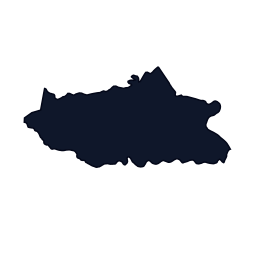 Caffiere, Choiseul, Saint Lucia (orthographic projection), rotated 248°
{"feature_id": "8701671B84690280241827", "entity_name": "Caffiere", "entity_type": "district", "adm_level": 2, "iso_a3": "LCA", "parent_name": "Saint Lucia", "parent_adm1": "Choiseul", "projection": "orthographic", "projection_center": [-61.037, 13.785], "detail": "fine", "context": "isolated", "style": "filled", "palette": "ink", "viewbox_px": 256, "rotation_deg": 248, "n_neighbors": 0, "source": "geoboundaries", "source_scale": "gbopen_adm2", "svg_char_len": 5719}
<svg xmlns="http://www.w3.org/2000/svg" viewBox="0 0 256 256"><g transform="rotate(248 128 128)"><path d="M195.9,65.5L177.3,53.7L178.2,44.6L176.1,35.8L172.2,34.0L171.8,34.6L171.7,34.9L171.0,35.4L170.5,35.7L170.1,35.8L169.6,35.9L168.7,35.9L167.5,35.8L167.0,35.8L166.6,35.8L166.2,35.8L165.9,36.1L165.1,37.3L164.8,37.8L164.2,38.8L163.7,39.8L162.7,40.6L162.0,40.7L161.3,40.7L161.0,40.7L160.5,40.8L160.3,41.0L159.9,41.3L159.7,41.7L159.2,42.3L158.6,42.7L156.7,43.3L155.1,43.4L153.5,43.4L152.8,43.4L152.1,43.5L151.4,43.8L150.6,44.3L149.7,44.2L149.5,44.3L148.6,44.8L147.7,45.1L147.4,45.1L146.3,44.7L145.7,44.5L145.0,44.5L144.4,44.7L144.2,44.9L143.0,45.9L142.7,46.4L142.7,46.7L142.7,47.0L142.2,47.4L141.8,47.6L141.1,47.9L139.8,48.3L138.2,48.8L137.7,48.9L137.5,49.1L137.0,49.5L136.8,49.9L136.7,50.4L136.6,51.3L136.4,51.8L136.2,52.2L136.0,52.6L134.8,53.9L133.6,55.4L133.1,56.2L131.8,58.4L131.6,58.9L131.2,60.1L131.0,61.0L130.8,62.3L129.9,65.1L129.4,66.2L128.6,67.2L128.2,67.9L127.8,68.4L127.1,69.5L126.9,69.6L126.4,70.0L126.2,70.1L125.7,70.3L124.4,70.7L122.9,70.9L122.6,70.9L121.6,70.3L121.0,70.0L120.3,69.9L119.8,69.9L119.5,70.0L119.3,70.1L119.0,70.3L118.2,71.2L117.8,71.7L117.1,72.1L116.5,72.2L116.2,72.3L115.9,72.5L115.7,72.7L115.5,73.0L115.0,73.8L114.7,74.6L114.5,75.0L114.1,75.6L114.0,75.8L113.8,75.9L113.7,76.0L112.7,75.9L112.4,76.0L112.2,76.0L111.8,76.2L111.0,77.0L110.2,77.5L109.1,78.5L108.6,78.9L106.9,80.2L105.8,81.3L105.0,82.3L104.0,83.3L103.5,84.0L103.3,84.6L103.2,85.2L103.1,85.8L102.9,86.6L102.8,87.0L102.9,87.6L103.1,89.5L103.2,89.9L103.4,90.6L103.4,91.3L103.6,92.5L103.5,92.9L103.4,93.5L103.2,93.9L102.7,95.7L101.4,97.6L101.0,98.3L100.9,98.8L100.7,99.2L100.5,99.6L100.0,101.2L99.6,102.2L99.5,102.8L99.6,103.2L100.4,104.5L100.9,105.6L101.0,106.1L101.1,106.5L101.0,107.1L100.9,107.4L100.9,107.7L100.3,108.5L99.7,109.0L99.2,109.4L98.8,109.7L98.5,109.9L97.9,110.0L96.8,110.1L96.3,110.3L95.5,110.7L95.3,110.9L95.0,111.4L95.0,111.8L95.5,112.9L95.9,113.9L96.4,114.4L97.0,114.9L97.4,115.1L98.3,115.3L100.2,115.7L100.9,116.3L101.1,117.4L100.9,118.3L100.1,118.5L99.4,118.9L98.9,119.1L97.0,119.3L95.8,119.4L95.0,119.5L93.6,120.3L92.5,120.8L91.2,121.3L90.4,121.9L89.1,122.6L88.8,122.8L88.6,123.1L88.4,123.3L87.3,125.0L87.2,125.3L86.9,126.4L86.7,127.3L86.7,127.6L86.7,128.0L86.8,128.4L87.1,128.9L87.8,129.8L88.2,130.5L89.4,131.8L89.6,132.1L90.0,132.9L90.3,134.2L90.3,134.6L90.2,134.8L89.7,135.6L89.3,136.0L88.5,136.4L87.1,137.0L86.4,137.4L86.0,137.7L84.8,139.1L84.4,139.7L84.2,140.1L84.0,140.5L83.9,141.1L83.8,142.3L83.9,143.0L84.2,144.6L84.5,145.4L84.6,145.6L84.8,147.5L84.8,148.2L84.7,148.6L84.6,148.9L84.4,149.2L84.2,149.2L83.3,150.2L83.1,150.5L82.5,151.1L81.9,151.7L81.1,152.6L80.8,153.3L80.7,154.0L80.5,154.9L80.6,155.6L80.8,157.1L81.0,157.8L81.2,158.7L81.3,160.3L81.4,160.6L81.3,161.4L80.9,162.3L80.6,162.8L79.4,163.9L78.9,164.2L76.0,165.1L75.4,165.4L75.2,165.8L75.1,166.2L75.1,166.6L75.2,167.5L75.0,168.3L74.9,169.6L74.8,170.6L74.9,172.7L74.9,173.1L74.7,174.3L74.2,175.8L73.9,176.3L73.4,176.8L73.0,177.0L71.9,177.4L71.0,177.6L69.8,178.0L69.6,178.1L69.2,178.5L68.4,179.9L68.3,180.2L68.2,180.7L67.9,183.0L68.0,184.9L67.9,185.4L67.9,185.6L67.6,186.5L67.4,187.0L67.2,187.3L65.7,189.1L64.5,190.9L63.2,193.3L62.9,194.0L62.8,194.4L62.7,196.1L62.6,196.7L62.7,197.2L62.9,197.7L63.1,198.0L63.6,198.4L63.8,198.6L64.1,199.0L64.6,200.3L64.7,200.6L64.7,201.0L64.5,201.4L64.1,201.8L63.8,201.9L61.2,202.8L60.7,203.2L60.1,203.6L60.1,203.8L60.1,204.0L61.1,205.0L61.8,205.5L63.6,207.6L64.5,208.5L65.0,208.9L65.4,209.1L66.0,209.2L66.8,209.7L67.4,210.3L68.9,211.7L69.5,212.7L69.9,213.3L70.1,214.2L70.2,214.6L70.1,214.9L73.4,214.5L76.7,213.9L78.7,213.2L81.0,212.1L83.6,210.7L84.4,210.2L87.0,209.1L88.5,208.2L91.9,205.6L94.3,203.4L96.7,201.5L98.4,201.2L99.8,200.8L101.0,201.0L102.6,201.7L103.5,202.6L106.0,204.8L107.1,206.1L107.7,207.2L108.0,208.5L108.1,209.6L107.7,212.3L107.9,213.3L108.6,215.5L108.7,217.1L109.5,218.9L111.3,220.6L113.0,221.6L114.5,222.0L116.1,222.0L116.9,221.7L118.9,220.6L120.1,219.4L120.5,218.2L120.5,217.7L120.4,217.2L120.2,216.5L119.8,215.1L119.6,214.2L119.6,213.6L119.5,213.1L119.5,212.4L119.6,211.9L120.0,211.1L120.5,210.6L120.9,210.3L121.4,210.0L122.2,209.8L123.2,209.8L123.7,209.6L124.8,208.6L125.2,208.1L125.5,207.6L125.9,206.4L126.2,205.9L126.6,205.3L128.0,203.6L129.6,201.7L134.5,195.2L135.1,194.4L135.7,193.0L136.0,192.3L136.2,191.7L136.4,191.1L136.8,190.7L137.2,190.3L137.7,190.0L138.1,189.8L138.5,189.7L138.7,187.4L138.9,185.9L139.1,185.1L139.4,184.6L139.6,184.4L140.2,184.2L140.8,184.1L141.2,184.2L141.7,184.5L143.1,185.3L143.5,185.4L143.9,185.3L144.3,185.2L144.8,185.1L146.3,184.6L146.7,184.5L148.9,183.8L151.5,183.3L151.3,183.6L152.3,183.0L154.2,183.0L173.5,178.9L173.4,178.9L172.9,177.3L172.2,175.2L171.4,173.3L170.6,171.8L169.9,169.5L170.5,168.5L172.4,166.9L172.9,165.3L171.8,163.6L169.6,160.7L167.9,158.6L166.6,156.8L166.6,155.4L167.5,155.4L168.3,155.8L170.4,156.4L172.5,156.0L173.5,154.4L174.8,153.0L174.9,151.8L174.4,150.5L173.9,150.4L173.3,150.8L170.0,152.5L170.0,150.9L170.7,150.0L171.4,147.9L171.3,145.6L170.6,145.2L169.0,145.6L168.2,146.6L167.2,147.4L166.4,147.4L165.8,145.9L165.4,143.3L166.1,141.0L166.4,138.7L167.5,137.1L169.3,134.3L171.3,132.5L172.1,130.4L171.6,128.6L170.5,126.2L170.5,124.9L169.9,123.0L170.0,121.1L171.5,119.2L171.5,117.6L171.3,115.1L171.6,114.5L172.2,112.2L172.9,108.9L173.4,106.1L173.9,102.3L175.8,99.8L177.6,98.1L178.7,96.0L179.0,92.3L178.6,90.2L179.8,88.7L181.9,86.8L182.6,85.2L181.5,83.3L180.9,81.3L181.3,79.2L180.9,77.9L180.7,75.3L180.8,73.4L181.6,72.4L183.2,71.5L184.1,71.6L185.2,72.1L186.3,72.1L187.1,71.7L187.7,70.8L188.5,69.9L189.3,68.7L190.9,67.4L192.8,66.7L194.3,66.6L194.8,66.5L195.9,65.6L195.9,65.5Z" fill="#0f172a" stroke="#020617" stroke-width="1.5"/></g></svg>